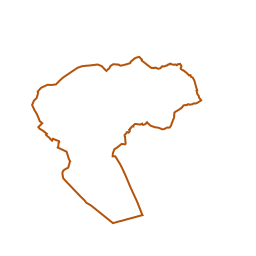 Tenejapa, Chiapas, Mexico (orthographic projection), rotated 57°
{"feature_id": "50627088B11943504211308", "entity_name": "Tenejapa", "entity_type": "district", "adm_level": 2, "iso_a3": "MEX", "parent_name": "Mexico", "parent_adm1": "Chiapas", "projection": "orthographic", "projection_center": [-92.464, 16.848], "detail": "fine", "context": "isolated", "style": "outline", "palette": "amber", "viewbox_px": 256, "rotation_deg": 57, "n_neighbors": 0, "source": "geoboundaries", "source_scale": "gbopen_adm2", "svg_char_len": 5445}
<svg xmlns="http://www.w3.org/2000/svg" viewBox="0 0 256 256"><g transform="rotate(57 128 128)"><path d="M172.3,201.4L199.6,192.4L200.5,189.6L201.2,187.2L201.4,186.5L202.3,184.1L202.8,182.5L203.6,180.1L203.8,179.3L204.3,177.7L205.1,175.3L207.2,168.8L207.4,168.0L208.0,166.3L208.4,164.9L209.0,163.3L207.5,163.1L194.8,160.5L178.9,158.2L166.9,156.0L158.6,154.8L156.1,154.5L153.4,154.3L144.8,154.1L143.7,155.9L143.4,156.3L140.9,154.4L138.4,151.0L138.5,148.3L137.9,142.1L140.1,139.3L139.9,138.6L139.3,138.2L138.7,137.9L138.0,137.6L137.4,137.2L137.2,137.1L136.5,136.7L136.4,136.7L135.7,136.3L135.5,136.2L134.8,135.9L134.6,135.8L134.4,135.7L133.6,135.2L133.1,135.3L132.0,134.7L131.5,132.5L131.3,131.7L131.2,131.6L130.9,131.4L131.0,131.0L131.0,130.9L131.1,130.7L132.2,130.1L132.3,130.0L132.3,129.9L131.8,128.4L131.7,128.3L130.9,128.2L130.4,128.1L130.7,127.6L130.3,127.2L130.2,127.1L129.8,126.8L129.7,126.8L129.6,126.7L129.5,126.0L129.6,125.9L129.5,125.7L129.4,125.4L129.2,124.9L129.1,124.6L129.1,124.2L129.1,123.9L128.9,123.5L128.9,123.3L129.0,123.1L129.5,122.7L128.9,122.4L128.5,120.7L128.5,120.0L128.6,119.6L131.6,116.1L131.8,116.0L132.0,114.1L132.0,113.8L133.3,113.9L133.7,113.3L134.1,112.1L134.2,110.9L133.7,110.0L133.6,109.0L134.1,109.1L134.5,108.8L135.2,108.7L135.5,108.5L136.0,108.4L136.4,108.3L136.7,108.3L138.4,107.8L139.0,107.3L139.6,106.9L139.8,106.7L140.2,106.5L140.5,106.1L140.8,105.9L141.0,105.7L141.6,105.4L142.3,104.9L142.5,104.5L142.6,104.2L143.8,102.9L144.5,102.2L145.2,101.7L145.7,101.3L146.3,100.9L147.1,100.5L147.6,100.1L147.9,99.7L148.1,99.3L148.5,98.5L148.6,98.1L148.7,97.7L148.7,97.2L148.7,96.9L148.9,95.4L149.0,94.8L149.4,94.1L149.7,93.8L149.8,93.7L150.0,93.5L150.1,93.3L150.2,93.0L150.3,92.6L150.1,92.2L149.9,91.8L149.7,91.5L149.7,91.3L149.5,90.7L149.2,90.2L148.9,89.9L148.0,88.9L147.8,88.7L147.6,88.3L147.1,87.6L147.0,87.3L146.4,86.6L146.0,86.2L145.0,84.5L144.7,84.2L144.3,83.7L143.4,82.8L143.2,82.7L142.7,82.6L142.1,82.2L141.5,81.4L141.2,81.2L140.5,80.9L140.2,80.0L140.4,74.4L140.2,73.6L140.5,72.6L140.0,71.8L140.1,71.1L139.3,69.2L139.9,67.6L140.9,66.1L140.7,64.6L142.1,63.5L143.0,61.3L143.3,59.1L144.2,58.3L144.6,56.5L144.7,51.6L141.1,51.8L139.5,51.2L137.1,51.3L133.9,50.1L134.0,49.4L130.9,48.6L124.4,46.5L120.9,46.3L119.4,47.2L119.3,47.3L117.7,46.8L117.3,47.5L117.1,48.2L116.2,48.3L115.9,48.4L114.9,48.6L114.5,48.7L114.1,48.7L113.8,48.8L113.6,48.9L112.2,49.3L111.5,49.6L111.1,49.7L110.8,49.8L110.4,49.9L110.2,50.0L109.8,50.2L109.8,50.4L109.7,50.5L109.3,50.7L109.1,50.8L108.9,50.9L108.6,51.0L107.8,51.3L107.6,51.4L107.2,51.5L106.7,51.4L106.4,51.1L106.1,50.7L105.8,50.0L105.6,49.8L104.7,49.3L104.0,49.4L102.6,49.4L102.5,49.6L102.4,49.7L102.4,49.9L102.4,50.2L102.4,50.4L102.3,50.6L101.8,51.0L101.7,51.2L101.7,51.5L101.7,52.1L101.9,52.6L102.0,52.8L101.9,53.0L101.4,53.2L101.1,53.3L100.7,53.4L100.6,53.6L100.3,54.2L100.3,54.4L100.1,54.9L99.5,55.5L99.0,56.1L98.5,56.7L98.3,56.8L97.9,56.9L97.8,57.1L97.4,57.2L97.1,57.4L96.9,57.7L96.8,58.0L97.1,58.5L97.1,58.9L96.9,59.0L96.6,59.8L96.6,60.0L96.6,60.4L96.7,60.5L96.9,60.8L96.9,61.1L96.6,61.8L96.5,62.0L96.4,62.3L96.4,62.5L96.3,62.9L96.2,63.5L96.1,64.0L96.0,64.3L95.9,64.5L95.7,64.6L95.6,64.9L95.4,65.0L95.2,65.4L95.0,65.5L95.0,65.8L94.9,66.2L95.0,66.3L95.0,66.7L95.4,67.3L95.4,68.0L95.4,68.4L95.4,68.8L95.3,69.1L95.1,69.5L94.9,70.0L94.7,70.3L94.4,70.8L94.1,71.0L93.7,71.1L93.2,71.4L93.0,71.7L92.7,71.8L92.4,72.0L92.1,72.3L92.1,72.8L92.1,73.1L91.9,73.3L91.8,73.8L91.5,74.3L91.1,74.4L90.5,75.6L85.5,77.5L82.7,78.4L78.9,79.8L78.1,79.0L77.7,79.2L77.4,79.3L76.4,79.5L74.5,79.8L73.5,82.7L73.4,83.2L73.3,84.9L73.9,89.6L74.8,90.8L73.6,95.1L73.3,96.1L73.1,96.3L73.0,96.6L72.9,97.0L72.4,98.6L71.9,99.7L71.8,100.0L71.6,100.4L71.3,100.6L71.2,100.6L70.6,100.8L70.3,101.0L70.2,101.1L69.9,101.2L69.9,101.3L69.7,101.4L69.7,101.5L69.6,101.8L69.1,102.3L68.3,103.0L68.3,103.3L68.1,103.6L67.1,104.8L66.5,105.7L66.4,106.7L66.5,108.6L66.5,109.0L66.7,109.5L67.1,110.3L67.3,110.5L67.7,110.9L67.8,111.2L67.8,111.7L67.9,112.6L68.1,113.7L68.4,115.0L67.6,115.2L64.9,115.8L62.9,116.1L61.7,116.4L58.2,118.9L54.5,126.5L53.1,129.0L51.2,132.8L50.0,137.7L50.3,154.2L50.4,155.3L50.4,155.7L51.1,159.7L52.2,164.7L50.4,168.5L47.9,172.0L47.6,174.4L47.1,177.8L47.1,178.2L47.0,178.4L47.0,178.9L47.0,179.3L47.9,182.4L48.0,182.8L48.1,183.0L48.2,183.3L48.3,183.4L48.3,183.9L49.4,184.2L49.5,184.2L51.6,186.5L53.1,188.3L53.8,192.0L56.5,195.9L62.1,196.7L65.6,196.8L66.9,196.9L72.0,197.8L74.2,198.3L77.3,197.3L78.4,202.7L79.6,202.6L80.0,202.6L80.4,202.5L80.6,202.5L80.9,202.2L81.3,202.1L82.0,201.8L82.3,201.6L82.6,201.5L82.9,201.3L83.3,201.1L84.2,200.7L84.5,200.6L85.0,200.4L85.4,200.3L85.8,200.2L87.6,199.6L88.6,199.2L89.0,200.5L90.2,200.2L90.6,200.1L91.2,200.0L92.1,199.7L93.5,199.2L94.5,199.2L95.5,199.0L96.4,198.8L97.2,198.6L97.1,198.4L96.8,197.8L96.1,196.9L96.4,196.6L99.1,194.8L101.5,193.0L102.3,193.2L102.5,193.8L102.7,194.0L102.8,194.5L104.2,195.5L105.5,196.6L106.1,197.6L114.4,192.4L121.8,194.5L124.5,194.7L124.5,194.9L125.4,196.1L125.9,196.4L126.0,196.7L126.3,196.9L126.6,197.3L126.8,197.6L127.1,197.8L127.3,198.2L127.5,198.4L127.8,198.7L128.4,199.3L128.7,199.7L128.7,200.0L128.6,200.6L128.6,200.9L128.6,201.0L128.4,202.4L128.4,204.7L128.5,205.2L128.6,205.6L128.9,206.2L129.4,206.8L129.7,207.2L129.9,207.4L130.1,207.6L130.8,207.9L131.3,208.3L131.5,208.4L132.0,208.5L134.9,209.7L139.2,209.0L150.8,206.8L159.3,205.2L165.2,203.8L167.9,203.7L171.9,201.7L172.3,201.4Z" fill="none" stroke="#b45309" stroke-width="2"/></g></svg>